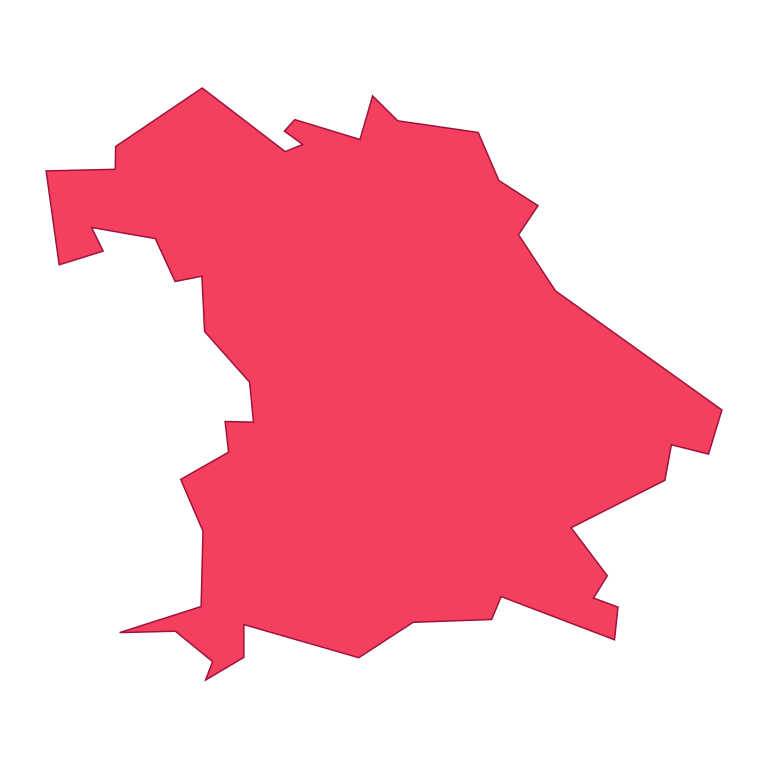 an SVG outline of Bayern
{"feature_id": "DEU-1591", "entity_name": "Bayern", "entity_type": "State", "adm_level": 1, "iso_a3": "DEU", "parent_name": "Germany", "parent_adm1": "", "projection": "natural_earth1", "projection_center": [10.676, 48.917], "detail": "coarse", "context": "isolated", "style": "filled", "palette": "rose", "viewbox_px": 768, "rotation_deg": 0, "n_neighbors": 0, "source": "natural_earth", "source_scale": "10m", "svg_char_len": 727}
<svg xmlns="http://www.w3.org/2000/svg" viewBox="0 0 768 768"><path d="M478.2,132.5L498.9,180.6L538.0,205.7L518.5,234.7L555.5,290.9L721.9,410.0L708.5,454.1L671.4,444.8L664.9,480.3L571.1,527.7L607.3,575.8L593.5,598.1L618.0,607.1L614.5,639.8L501.2,596.6L491.6,619.5L413.1,622.3L358.7,657.7L243.9,624.6L243.8,657.4L205.6,680.0L212.6,661.6L175.3,631.2L119.6,632.6L201.1,606.5L203.0,531.1L180.7,479.4L228.6,452.1L225.1,421.5L253.5,422.1L249.6,382.2L204.6,331.5L201.9,276.2L175.1,281.5L155.3,238.6L91.6,227.5L103.1,251.1L59.2,264.8L46.1,170.9L115.3,169.3L115.6,146.5L202.2,88.0L285.2,151.6L302.7,144.5L284.4,131.1L294.8,119.6L360.0,139.5L372.6,95.9L397.7,120.8L478.2,132.5Z" fill="#f43f5e" stroke="#9f1239" stroke-width="1.5"/></svg>